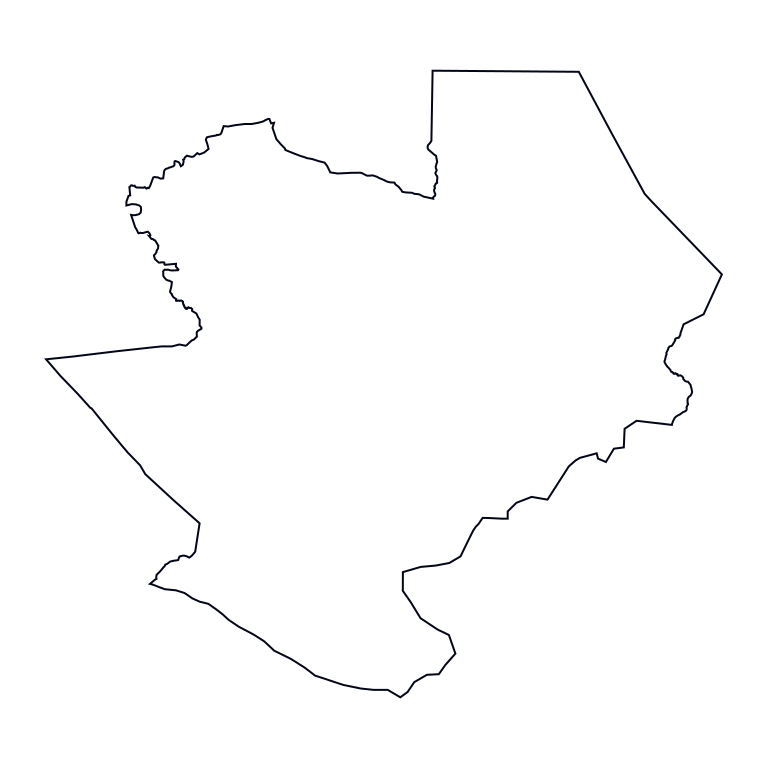 outline of Fanteakwa North, Eastern, Ghana
{"feature_id": "2480657B42231307300111", "entity_name": "Fanteakwa North", "entity_type": "district", "adm_level": 2, "iso_a3": "GHA", "parent_name": "Ghana", "parent_adm1": "Eastern", "projection": "albers", "projection_center": [-0.403, 6.499], "detail": "fine", "context": "isolated", "style": "outline", "palette": "ink", "viewbox_px": 768, "rotation_deg": 0, "n_neighbors": 0, "source": "geoboundaries", "source_scale": "gbopen_adm2", "svg_char_len": 6118}
<svg xmlns="http://www.w3.org/2000/svg" viewBox="0 0 768 768"><path d="M46.1,359.3L60.4,375.9L77.5,393.6L90.3,407.8L91.6,408.4L111.5,433.1L122.1,445.9L127.7,452.5L140.1,465.3L145.3,474.2L173.3,500.0L199.6,523.3L195.2,551.7L192.0,555.5L189.4,557.6L186.4,556.2L184.7,555.7L183.3,555.6L179.7,556.4L178.8,558.1L178.4,559.7L178.2,560.0L177.0,560.3L173.8,560.7L170.3,561.5L167.1,563.9L165.3,564.6L164.6,566.3L163.2,567.5L162.8,568.2L161.6,569.6L159.6,571.9L156.6,574.8L156.2,577.3L156.5,578.9L154.7,579.9L150.0,583.9L152.1,584.4L164.6,589.2L175.9,590.3L184.5,593.0L192.4,598.4L199.7,601.7L208.3,603.8L216.8,609.8L222.8,614.5L228.7,619.9L238.6,626.6L253.7,634.6L264.3,641.4L274.2,650.7L290.7,658.8L304.5,667.5L315.1,675.6L343.5,685.0L360.7,688.5L373.9,689.9L387.8,689.9L400.3,697.3L407.6,692.0L414.3,682.1L426.9,674.8L438.8,674.2L445.4,664.9L455.4,653.6L448.9,635.0L437.7,629.6L420.5,618.2L410.7,602.1L402.8,590.8L402.9,572.1L420.8,566.9L435.4,565.6L449.3,563.0L460.5,556.4L467.9,541.2L473.2,530.5L475.9,526.6L478.6,523.9L482.6,517.9L488.5,518.0L502.4,518.7L507.7,518.7L507.7,511.4L516.4,502.8L531.6,496.9L547.5,499.6L568.8,466.4L575.5,460.5L580.1,457.8L596.7,453.3L598.0,458.6L605.9,462.0L613.9,448.7L623.8,447.4L624.6,428.8L636.5,420.8L671.9,424.9L672.1,423.8L673.1,421.0L674.7,417.9L676.3,416.4L678.5,415.1L679.7,414.6L682.9,412.2L683.5,412.1L684.5,411.5L685.6,411.1L686.6,409.9L686.7,408.5L686.5,407.5L686.6,407.0L686.9,406.7L687.3,405.4L688.0,404.5L688.1,404.0L687.5,403.0L687.7,402.4L687.5,400.7L687.6,399.0L688.0,398.1L688.8,396.9L690.5,395.6L691.3,394.4L692.1,392.0L691.6,389.1L691.4,388.0L690.9,386.9L690.6,385.0L688.1,381.8L686.7,381.6L685.4,381.2L684.9,380.8L683.2,378.9L683.3,378.0L683.2,377.6L681.7,376.0L680.3,375.3L678.8,375.7L677.8,375.6L677.6,375.4L677.8,374.7L677.7,374.3L677.4,374.1L676.3,374.0L675.8,373.4L675.4,373.2L675.0,373.2L674.4,373.8L673.8,373.8L673.5,373.6L673.1,372.7L672.5,372.5L672.3,372.1L672.0,371.9L671.1,371.7L670.4,370.0L668.2,367.4L667.5,366.9L665.6,364.1L664.7,362.5L664.5,362.0L664.6,360.8L665.2,359.5L665.3,358.2L665.8,357.0L665.8,356.0L666.6,354.5L666.3,353.0L668.2,349.0L668.3,348.0L669.5,346.6L669.9,346.3L671.1,346.1L671.9,345.6L672.5,344.9L675.2,340.4L675.0,339.8L675.4,338.8L676.3,338.2L678.2,337.9L678.1,337.7L678.7,337.4L679.6,336.6L679.8,335.6L680.4,334.8L680.4,333.5L683.6,324.3L703.6,314.3L721.9,274.4L651.5,201.3L644.7,193.9L612.1,134.1L578.8,71.8L432.6,70.7L431.4,140.9L430.1,142.9L428.2,144.9L427.8,145.7L427.6,147.1L427.8,148.6L428.3,149.5L434.3,154.7L436.0,155.7L437.2,162.1L436.4,163.8L436.3,164.8L435.9,165.8L435.7,166.9L435.8,168.0L436.6,169.8L436.6,170.6L435.5,172.6L435.4,173.3L435.7,174.2L436.2,174.9L436.5,175.6L437.1,176.1L437.4,177.3L437.3,177.6L437.2,179.6L436.9,181.0L437.2,182.6L436.9,183.1L436.1,183.3L435.7,183.7L435.3,184.8L434.4,186.1L434.4,186.8L434.9,187.4L435.0,187.9L434.1,189.8L434.1,190.9L434.6,192.6L435.2,193.8L435.3,194.7L435.1,195.4L434.6,196.2L434.1,196.4L433.0,197.5L433.2,198.7L423.6,196.6L419.1,194.3L414.3,193.8L412.2,192.8L405.6,192.4L402.7,191.9L402.1,191.6L401.4,190.2L398.5,186.7L395.4,184.4L394.5,182.6L389.6,182.3L386.5,181.4L384.2,180.1L379.3,178.1L377.0,176.8L373.2,175.5L371.9,175.4L369.7,175.7L367.3,175.7L366.3,175.4L361.5,172.9L358.9,172.7L356.9,172.8L351.8,172.8L337.7,173.5L330.3,172.4L327.2,166.0L324.6,162.6L318.6,161.1L312.1,159.0L306.7,158.1L305.2,157.4L300.3,155.9L295.3,154.0L285.4,150.0L285.0,148.7L284.4,147.9L281.1,144.6L276.4,139.2L272.5,127.8L274.0,122.8L271.1,123.4L269.4,119.0L268.1,118.9L264.9,120.4L263.4,121.3L262.3,121.7L258.2,122.8L251.7,124.0L244.9,124.0L235.7,125.1L228.0,126.5L223.7,126.1L221.3,133.1L220.5,134.2L218.3,135.0L216.8,134.9L216.0,135.5L211.2,136.3L207.1,137.2L206.1,138.9L205.9,139.9L207.2,143.7L208.6,148.9L204.1,152.6L199.4,154.4L197.3,153.1L193.6,156.5L192.3,156.8L191.1,156.8L186.9,155.7L185.0,157.3L184.6,157.9L184.2,159.3L183.2,159.7L183.6,161.3L183.4,162.7L183.2,163.2L183.0,164.5L182.6,165.1L180.8,166.2L179.8,163.7L178.7,162.2L175.7,161.1L175.1,161.0L174.8,161.2L174.6,161.4L174.4,162.3L174.5,164.9L173.6,166.1L169.9,167.5L169.1,167.6L167.9,168.3L165.8,168.9L164.6,170.1L164.1,171.3L163.2,178.4L160.4,178.6L157.7,177.3L156.7,177.4L154.9,177.0L153.5,177.3L153.2,177.5L150.2,185.7L148.8,188.1L147.5,187.8L146.7,188.5L146.2,188.5L144.8,187.1L143.6,187.7L136.7,187.5L135.3,186.9L134.7,185.7L132.9,185.9L132.2,185.4L131.3,185.3L130.8,185.6L130.5,186.2L129.7,187.0L129.4,187.1L130.2,195.4L128.5,195.9L126.4,201.8L126.4,205.5L131.8,204.1L135.9,204.4L139.1,205.4L140.8,206.8L141.1,209.3L140.7,212.6L139.0,214.2L135.6,215.1L133.1,215.2L131.1,214.9L135.1,227.0L137.1,230.5L138.0,232.6L138.4,233.2L138.7,233.3L140.4,232.7L141.2,233.0L142.9,233.0L146.5,232.0L147.3,231.8L148.0,231.8L149.5,233.4L150.4,235.3L149.6,236.4L149.3,236.3L151.4,238.9L153.0,239.1L153.5,239.5L153.7,239.9L155.1,240.4L158.4,245.8L158.1,247.0L158.1,248.1L157.7,249.1L156.6,250.8L156.5,252.1L155.3,254.0L154.0,255.2L153.9,255.6L155.0,259.2L158.8,262.6L160.2,262.6L161.1,262.3L161.5,262.4L163.8,262.3L164.4,262.8L164.5,264.5L165.0,264.8L176.0,263.8L175.8,266.5L178.4,269.5L178.0,270.2L171.9,270.5L169.7,270.2L168.4,269.7L167.3,269.7L167.2,269.8L165.8,269.8L164.7,269.6L164.3,269.9L163.1,271.5L163.3,273.2L163.2,275.6L164.2,277.4L166.4,279.8L168.3,280.6L169.4,280.7L171.9,282.1L171.4,286.2L170.0,291.8L170.5,292.7L172.0,294.3L171.8,294.8L173.5,297.3L176.3,299.2L176.3,299.7L176.0,300.4L176.0,300.7L176.4,300.9L176.8,300.9L178.8,300.5L179.5,300.9L180.7,300.5L181.2,300.5L182.4,301.1L183.0,301.8L182.8,302.6L183.5,304.4L183.4,304.7L184.0,305.2L184.2,305.6L184.1,305.9L184.2,306.5L185.2,308.0L185.5,307.6L185.9,307.6L186.3,308.1L186.3,308.8L186.9,308.9L187.2,308.7L188.1,307.4L188.5,307.3L188.9,307.8L191.2,308.1L192.2,309.1L192.0,310.2L192.2,310.6L192.2,311.0L196.4,313.5L198.0,317.0L199.7,319.7L199.6,325.2L199.9,325.8L201.3,327.3L201.5,328.1L201.4,328.8L201.2,328.9L198.0,330.8L196.8,332.1L196.7,333.0L196.9,336.6L193.8,339.6L193.3,339.9L192.1,340.2L190.3,341.7L186.8,345.1L185.6,345.7L179.3,344.5L171.9,346.4L161.7,346.4L152.9,347.3L117.1,351.2L72.4,356.6L46.1,359.3Z" fill="none" stroke="#020617" stroke-width="2"/></svg>